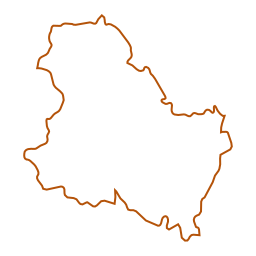 the Metropolitan department of Yonne
{"feature_id": "FRA-5356", "entity_name": "Yonne", "entity_type": "Metropolitan department", "adm_level": 1, "iso_a3": "FRA", "parent_name": "France", "parent_adm1": "", "projection": "mercator", "projection_center": [3.524, 47.862], "detail": "fine", "context": "isolated", "style": "outline", "palette": "amber", "viewbox_px": 256, "rotation_deg": 0, "n_neighbors": 0, "source": "natural_earth", "source_scale": "10m", "svg_char_len": 3491}
<svg xmlns="http://www.w3.org/2000/svg" viewBox="0 0 256 256"><path d="M82.5,204.4L80.4,204.0L79.1,202.8L76.5,199.3L73.7,198.1L67.4,197.4L64.9,195.0L64.5,193.2L64.4,189.3L63.7,187.7L62.5,186.8L61.0,186.5L46.7,189.6L43.2,188.8L42.0,185.6L38.0,180.3L37.1,178.3L37.1,176.6L38.4,174.2L38.4,172.2L37.6,170.0L35.7,166.4L34.2,164.5L30.3,160.9L29.1,160.1L27.7,159.6L26.5,159.5L25.0,158.5L24.4,157.2L24.2,155.6L24.3,153.7L24.7,151.7L24.9,151.4L25.8,150.3L26.9,149.6L28.2,149.1L31.1,148.8L33.7,148.9L34.9,148.9L36.2,148.5L40.6,145.6L45.0,143.8L46.4,142.9L47.4,141.1L47.6,139.5L47.4,138.1L47.1,136.6L47.3,135.4L47.7,134.4L48.4,133.3L49.1,131.6L48.8,130.3L47.5,128.0L46.9,126.0L46.4,120.8L46.7,119.3L47.3,118.9L49.2,119.0L50.4,118.5L51.4,117.4L53.6,114.7L55.0,113.5L57.9,111.8L59.1,110.8L60.3,109.0L62.9,102.6L63.7,100.1L63.2,96.5L62.9,95.0L62.3,93.6L60.1,91.3L55.9,87.8L54.7,86.4L53.6,84.6L51.1,74.6L50.6,73.2L49.6,72.0L48.5,71.1L46.7,70.1L41.5,68.5L39.0,68.2L37.2,68.2L37.8,65.4L38.2,62.8L38.8,60.4L39.3,59.2L40.2,58.0L41.7,56.9L46.1,54.7L47.8,53.1L48.5,51.7L49.7,48.9L49.8,48.7L50.7,47.4L51.3,46.3L51.6,45.0L51.1,43.7L50.3,42.5L49.6,41.1L49.3,39.7L49.1,38.3L49.1,36.9L49.3,35.6L49.6,34.2L50.1,33.0L50.8,31.8L51.1,30.6L51.4,28.8L51.8,27.2L52.4,26.4L53.3,25.7L60.1,25.9L61.0,25.7L62.1,24.7L62.8,24.2L64.0,23.7L65.4,23.5L72.1,24.0L73.7,24.7L75.8,24.8L89.8,22.4L91.1,22.6L93.7,23.6L95.1,23.7L96.2,23.1L98.3,19.2L101.8,15.4L104.2,17.4L104.7,20.1L104.8,21.9L105.4,24.0L106.2,24.7L108.6,24.0L110.9,24.4L115.2,26.8L117.5,28.7L119.3,30.5L128.2,42.4L129.9,45.2L130.8,47.3L130.9,48.6L130.8,50.2L131.0,51.2L131.7,54.3L131.7,55.6L131.4,56.8L130.6,58.0L128.2,60.4L127.5,61.6L127.4,63.0L132.4,65.4L136.6,69.2L139.0,70.7L140.9,71.0L143.3,70.3L143.9,69.4L144.2,68.2L144.8,67.3L146.1,66.9L148.2,67.9L149.3,69.3L149.8,70.8L150.2,72.4L150.9,73.9L152.8,75.7L155.1,78.9L164.9,95.8L165.5,97.2L165.5,98.3L164.6,99.0L162.3,99.4L161.6,100.1L161.5,100.6L161.8,101.6L162.7,102.4L165.5,103.9L166.8,103.9L169.4,102.9L170.9,103.1L171.6,104.0L172.0,105.2L171.6,109.4L171.7,111.0L172.4,112.8L173.4,113.9L174.6,114.5L178.3,115.0L183.6,114.4L184.7,114.5L185.5,114.7L187.7,115.8L188.9,116.2L190.1,116.2L191.2,115.4L193.1,113.4L194.2,113.0L195.5,113.2L198.2,114.2L201.1,114.2L202.4,114.0L203.6,113.6L204.3,112.6L204.9,111.5L205.8,110.4L207.1,109.7L209.0,109.9L210.4,110.9L211.8,112.4L212.8,112.8L213.6,112.2L214.0,111.1L214.0,109.8L213.9,108.6L213.9,107.3L214.1,106.4L214.9,106.0L215.7,106.8L217.6,110.6L220.0,113.7L221.7,115.1L222.9,115.9L224.6,115.8L222.1,123.4L221.2,127.4L221.0,132.3L222.2,131.9L226.1,131.8L227.2,132.1L227.9,132.8L231.3,142.9L231.8,146.5L230.3,149.4L220.5,154.8L220.1,158.5L220.2,164.3L219.4,168.7L218.5,170.8L215.0,175.6L212.7,182.2L204.6,197.4L202.3,199.0L201.2,201.6L201.0,211.5L199.1,214.6L196.5,215.7L195.2,216.6L194.3,217.9L193.8,219.8L194.1,221.7L196.0,226.9L196.7,227.3L197.5,227.4L198.4,228.0L199.0,229.4L199.5,235.2L193.4,234.7L191.5,235.1L189.8,236.8L188.7,238.9L187.4,240.5L185.0,240.6L181.8,237.7L180.2,227.8L178.1,224.3L169.0,229.5L166.9,228.1L166.8,225.7L168.0,221.7L168.0,219.4L167.4,217.5L166.5,216.5L165.3,216.2L163.9,216.7L162.7,217.9L162.0,219.5L161.1,223.2L160.3,224.8L159.2,225.6L158.0,225.7L145.9,220.5L136.1,211.3L133.4,210.2L130.3,210.2L128.2,209.6L127.1,207.4L126.2,204.7L124.7,202.5L120.4,198.4L116.3,191.5L115.1,190.3L115.4,197.1L114.6,203.8L104.6,200.7L101.2,201.2L96.9,205.4L95.0,206.5L93.1,206.3L87.4,202.3L86.6,202.4L82.5,204.4Z" fill="none" stroke="#b45309" stroke-width="2"/></svg>